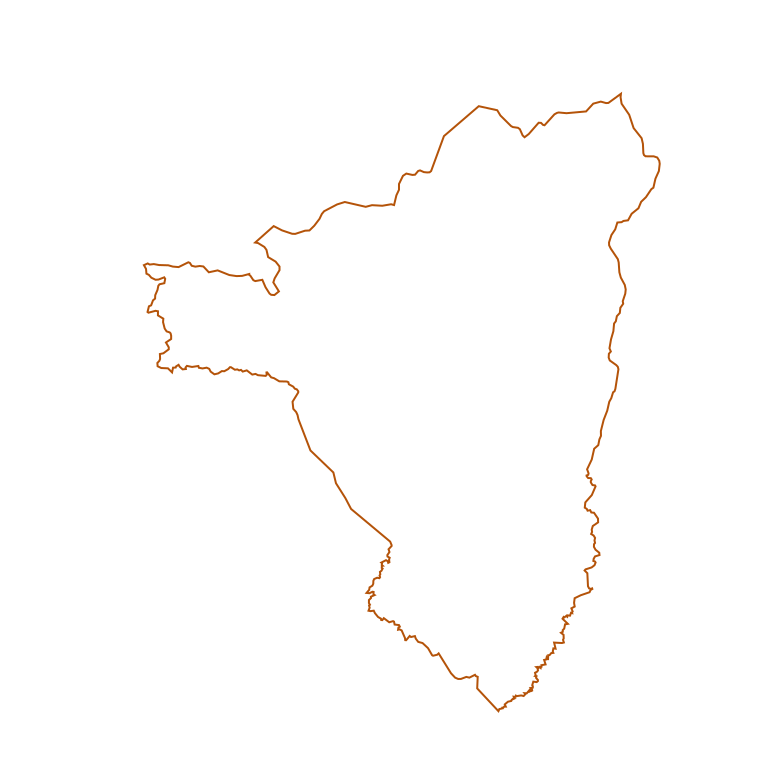 Ile, Zambezia, Mozambique, rotated 186°
{"feature_id": "85939544B3686787806290", "entity_name": "Ile", "entity_type": "district", "adm_level": 2, "iso_a3": "MOZ", "parent_name": "Mozambique", "parent_adm1": "Zambezia", "projection": "albers", "projection_center": [37.321, -15.981], "detail": "fine", "context": "isolated", "style": "outline", "palette": "amber", "viewbox_px": 768, "rotation_deg": 186, "n_neighbors": 0, "source": "geoboundaries", "source_scale": "gbopen_adm2", "svg_char_len": 6127}
<svg xmlns="http://www.w3.org/2000/svg" viewBox="0 0 768 768"><g transform="rotate(186 384 384)"><path d="M236.0,70.6L235.3,72.8L233.1,73.5L232.6,74.4L231.9,74.0L230.8,75.7L229.2,75.9L230.4,78.0L227.5,81.0L224.3,82.1L224.0,83.3L222.0,84.5L222.7,84.6L221.6,85.8L222.2,86.6L220.5,86.7L220.2,87.8L219.6,87.4L215.0,88.6L212.5,88.3L211.0,90.3L211.9,91.2L209.7,91.3L207.4,94.7L207.1,93.3L206.0,94.0L206.2,95.2L205.2,94.2L204.6,94.6L205.0,95.9L206.3,97.0L204.3,97.6L204.4,99.1L205.1,99.9L204.4,103.6L201.0,103.5L199.9,104.6L200.0,105.7L202.1,107.7L201.8,109.3L203.2,109.4L202.7,110.1L203.6,112.6L201.6,114.0L200.9,115.3L201.7,117.5L202.9,118.4L201.6,118.7L200.5,118.0L200.0,118.9L198.5,117.9L198.4,119.1L197.8,119.3L198.1,120.8L194.0,122.0L195.9,126.3L193.9,127.0L193.7,128.7L193.0,127.4L192.1,127.5L192.4,131.4L191.0,131.7L189.5,133.9L187.5,134.3L188.2,135.7L187.9,138.8L185.7,138.7L187.8,144.6L179.9,145.0L178.1,145.7L179.2,148.3L178.7,149.8L179.2,153.3L182.0,155.1L180.3,156.2L180.5,157.9L179.2,159.6L178.8,163.9L176.1,164.7L181.9,169.2L181.0,171.1L180.3,170.7L178.6,172.3L177.5,171.7L177.5,173.1L174.0,173.0L174.7,173.3L174.1,176.0L172.9,175.8L173.2,176.6L172.6,177.5L174.2,180.5L171.1,182.6L172.1,186.2L172.0,190.9L166.2,194.5L157.8,198.4L157.0,200.8L155.4,201.9L155.7,202.5L156.6,201.8L158.7,202.2L160.0,204.2L162.0,217.1L165.0,219.5L164.2,220.7L158.3,223.3L155.7,225.8L154.9,228.6L155.6,229.5L157.3,229.9L157.2,232.1L156.1,234.6L151.8,236.4L152.3,238.7L156.3,241.3L158.2,244.0L158.4,246.6L157.5,248.0L158.3,250.4L158.0,253.0L159.7,255.2L162.3,256.5L161.6,258.6L162.2,260.9L161.5,264.6L156.6,268.8L157.1,272.5L161.7,277.9L164.4,277.9L165.8,280.1L168.3,279.3L169.3,281.0L171.4,282.0L171.4,287.3L165.7,295.3L162.9,304.3L163.5,305.2L166.1,305.3L168.0,307.7L168.2,308.9L167.5,310.8L168.5,312.0L171.1,311.8L172.8,313.4L173.0,314.2L171.4,315.0L171.2,316.5L173.1,320.4L169.5,330.6L168.2,341.6L164.5,345.6L164.0,351.4L162.8,355.1L163.4,359.9L161.8,371.2L159.2,380.8L158.1,389.9L156.5,393.6L155.3,399.7L154.0,400.8L153.4,403.3L152.4,423.2L153.3,425.6L155.0,427.1L161.9,431.0L163.3,433.7L163.5,437.6L161.8,440.0L163.5,443.1L162.9,452.1L161.4,460.5L161.5,468.2L160.0,470.6L159.5,475.8L156.9,479.3L156.9,484.5L154.5,488.8L155.2,491.3L153.5,499.0L153.5,503.3L154.9,507.7L159.6,514.6L161.6,519.7L163.3,529.4L164.5,532.6L172.6,542.3L174.6,545.5L175.0,548.3L173.4,555.9L170.2,562.0L168.8,569.0L164.6,569.8L162.9,571.2L158.4,572.3L155.5,579.2L149.3,585.4L147.3,592.1L143.0,597.2L138.5,605.7L136.6,607.4L135.5,616.6L132.9,624.5L132.8,631.8L133.6,634.8L135.9,637.8L139.5,638.6L147.7,637.8L149.4,638.9L150.2,640.7L151.6,649.9L153.5,655.4L162.5,664.6L168.3,677.4L177.0,687.6L178.7,693.9L178.7,697.4L190.2,687.0L192.5,686.6L197.9,687.5L205.2,684.7L211.5,676.2L230.8,672.4L238.6,672.3L240.3,671.7L242.7,670.0L251.4,658.1L252.9,658.3L255.1,660.1L257.5,660.0L266.2,647.7L270.0,644.1L272.1,645.7L275.5,651.6L277.5,652.8L282.7,653.0L284.6,653.8L296.3,663.2L300.0,668.1L318.8,670.2L350.3,636.8L359.4,600.7L360.8,599.3L363.2,598.9L366.5,598.9L370.5,600.2L372.3,599.4L375.0,595.4L377.6,594.9L383.8,595.6L386.9,593.0L390.0,584.5L389.4,578.7L391.4,572.9L392.7,563.0L395.7,563.5L404.3,561.1L414.6,560.6L420.7,558.3L442.0,560.9L449.4,557.7L461.6,549.6L463.6,546.6L465.4,541.5L469.9,534.1L474.2,528.9L478.6,528.2L488.0,524.0L491.1,523.8L501.4,526.1L510.2,529.5L526.9,511.2L524.0,511.0L517.3,507.8L514.9,505.1L512.5,498.1L504.6,494.4L500.2,489.9L499.8,486.3L503.8,477.6L504.7,473.5L498.2,465.1L502.3,461.0L505.5,460.9L507.3,462.0L511.9,467.8L515.9,474.9L522.8,472.9L524.8,473.6L528.3,477.8L529.6,478.5L529.6,479.3L536.4,476.7L541.9,475.9L549.2,476.2L561.3,479.6L569.9,476.8L575.9,482.0L579.6,482.1L583.9,481.0L587.6,481.5L589.7,484.1L591.3,484.6L600.5,478.8L606.3,478.7L610.9,479.5L620.1,478.8L625.5,479.2L629.5,478.3L631.6,479.2L635.2,477.1L632.7,473.6L631.8,468.9L629.3,468.0L626.5,465.4L622.1,463.8L619.2,464.3L613.7,467.1L612.6,465.7L613.0,461.3L617.7,459.7L618.7,458.1L619.1,453.9L620.8,448.4L620.6,445.0L622.5,443.0L623.8,437.9L625.9,436.7L626.7,430.9L625.7,430.3L618.9,432.9L616.4,432.7L616.0,428.6L610.3,425.9L610.2,422.4L607.9,416.2L605.7,413.6L602.5,412.9L601.5,412.0L600.7,409.7L600.4,406.5L605.2,402.5L601.9,398.0L601.7,396.0L606.6,391.5L610.0,390.4L609.3,385.5L609.8,383.6L611.6,381.2L611.0,378.0L607.2,376.6L600.5,377.0L596.0,373.4L595.5,378.2L592.9,378.6L592.6,379.8L590.3,381.6L589.0,379.8L585.8,377.5L582.6,378.2L583.1,379.7L581.9,381.4L576.7,380.9L570.5,382.5L569.8,380.8L566.1,380.5L562.1,381.7L559.4,380.8L557.7,378.2L553.7,375.9L550.0,377.2L546.6,379.9L544.2,380.0L540.5,382.6L539.0,384.6L538.0,384.7L533.8,382.6L531.4,383.2L529.5,382.4L527.7,383.1L525.8,381.6L521.9,383.2L516.0,379.6L512.8,380.6L510.3,379.6L502.5,379.7L501.6,380.9L502.1,383.2L501.5,383.4L496.9,378.8L494.0,378.3L488.4,375.7L480.9,376.3L479.3,375.8L478.6,373.8L474.0,371.9L472.2,370.0L470.2,369.6L468.5,367.8L468.4,366.6L473.1,356.8L471.6,349.8L468.4,346.9L466.7,344.0L465.4,340.0L450.2,310.2L425.1,290.7L421.4,280.3L410.5,266.5L403.7,256.3L361.4,227.9L359.6,224.6L359.5,223.7L362.2,220.1L361.0,217.5L362.8,214.2L362.5,212.8L360.2,211.8L360.6,209.9L360.0,207.3L361.1,206.6L361.7,208.1L363.6,209.0L368.0,206.1L367.2,205.6L367.3,203.8L366.3,203.1L367.1,202.9L367.0,200.8L366.1,200.3L367.0,198.0L368.4,196.7L367.8,194.3L368.4,193.1L367.7,191.5L368.3,190.4L370.6,190.6L373.4,189.0L374.0,187.1L373.8,184.2L374.5,182.2L377.1,180.2L377.2,177.8L379.5,174.4L376.6,174.4L373.7,176.2L372.6,176.1L372.5,173.7L371.3,173.1L374.8,171.1L374.6,169.7L376.4,167.6L376.1,164.6L374.9,163.0L375.7,162.2L374.9,160.0L375.7,156.9L373.6,156.7L370.5,157.5L369.1,155.2L365.6,151.7L362.5,150.3L362.1,149.0L361.0,149.0L359.7,151.1L353.9,147.6L350.2,149.1L349.2,148.7L348.3,145.9L343.9,145.8L342.9,144.3L344.2,143.3L344.3,141.1L342.9,141.6L340.7,140.8L336.6,133.6L336.1,131.5L335.2,131.5L332.1,136.1L330.7,135.2L326.9,136.5L325.8,134.1L323.0,131.1L318.6,130.4L312.6,125.9L307.8,119.3L306.8,118.9L302.8,120.3L301.5,121.8L287.1,103.3L282.6,99.4L279.4,98.4L276.7,98.7L271.5,101.3L268.4,100.9L263.1,104.3L262.1,103.1L260.2,102.6L259.5,91.0L236.0,70.6Z" fill="none" stroke="#b45309" stroke-width="2"/></g></svg>